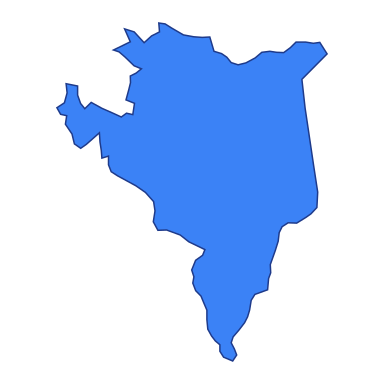 Aratuba, Ceará, Brazil
{"feature_id": "56859067B93489736245944", "entity_name": "Aratuba", "entity_type": "district", "adm_level": 2, "iso_a3": "BRA", "parent_name": "Brazil", "parent_adm1": "Ceará", "projection": "mercator", "projection_center": [-39.036, -4.434], "detail": "fine", "context": "isolated", "style": "filled", "palette": "blue", "viewbox_px": 384, "rotation_deg": 0, "n_neighbors": 0, "source": "geoboundaries", "source_scale": "gbopen_adm2", "svg_char_len": 1581}
<svg xmlns="http://www.w3.org/2000/svg" viewBox="0 0 384 384"><path d="M327.1,53.9L319.8,42.4L313.4,43.3L305.8,42.1L296.0,42.1L290.3,47.7L283.7,52.6L276.5,52.3L269.9,51.3L261.8,52.3L255.2,57.9L245.9,62.9L238.1,64.8L231.2,62.6L226.8,57.2L221.6,53.6L214.0,51.3L209.8,37.0L202.2,37.4L193.9,36.8L183.4,34.9L171.4,27.9L165.1,23.9L158.8,23.0L159.5,31.9L151.6,35.9L144.1,42.7L134.2,31.9L124.6,28.9L130.3,41.8L113.5,50.0L119.1,51.9L125.0,57.0L134.1,65.8L141.4,68.8L136.1,73.1L130.3,76.0L130.5,82.7L128.8,89.6L126.0,99.9L134.5,103.3L132.8,114.6L126.5,113.2L121.3,117.0L113.9,113.6L101.9,108.3L91.2,102.4L84.8,108.7L80.6,103.5L77.6,95.1L77.6,86.0L66.1,83.7L67.1,92.9L64.4,102.8L56.9,107.7L60.6,114.3L66.7,115.7L65.4,124.2L72.0,134.0L74.4,143.9L80.7,148.3L86.4,144.3L99.4,132.8L100.0,142.0L101.3,150.6L101.9,158.1L108.5,156.1L108.5,164.8L111.2,171.7L117.7,175.9L135.9,185.8L145.4,192.4L153.6,201.6L155.0,210.9L153.3,221.8L157.9,230.3L166.6,230.0L180.2,235.0L188.8,241.8L204.9,249.6L202.6,255.3L195.6,260.3L191.7,270.0L193.9,276.8L192.8,283.1L195.7,290.7L201.0,296.1L203.8,302.9L206.9,310.2L206.9,319.7L207.8,329.2L211.5,335.9L215.3,340.9L219.9,344.8L219.9,351.3L223.6,357.2L232.7,361.0L236.7,355.0L234.4,349.0L231.2,342.8L233.1,336.9L239.0,330.0L244.6,322.7L247.6,316.8L249.6,310.1L251.2,300.3L254.9,294.4L267.6,289.8L268.6,278.5L270.7,272.8L270.3,264.6L275.3,250.5L278.2,241.2L279.2,232.6L282.1,226.7L288.1,222.8L296.7,223.1L305.9,217.4L311.0,213.8L316.9,207.5L317.7,192.1L313.7,166.0L308.4,130.2L305.1,108.1L301.9,79.3L327.1,53.9Z" fill="#3b82f6" stroke="#1e3a8a" stroke-width="1.5"/></svg>